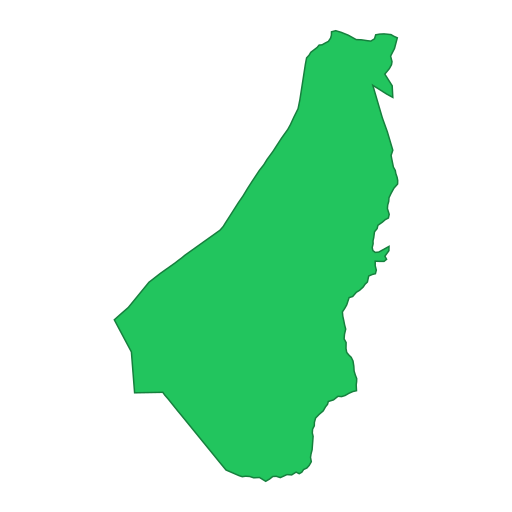 outline of Santa Inês, Maranhão, Brazil
{"feature_id": "56859067B15720023734986", "entity_name": "Santa Inês", "entity_type": "district", "adm_level": 2, "iso_a3": "BRA", "parent_name": "Brazil", "parent_adm1": "Maranhão", "projection": "mercator", "projection_center": [-45.394, -3.853], "detail": "fine", "context": "isolated", "style": "filled", "palette": "green", "viewbox_px": 512, "rotation_deg": 0, "n_neighbors": 0, "source": "geoboundaries", "source_scale": "gbopen_adm2", "svg_char_len": 2456}
<svg xmlns="http://www.w3.org/2000/svg" viewBox="0 0 512 512"><path d="M291.7,474.9L296.1,472.1L299.2,473.7L301.8,472.2L303.6,469.5L306.9,468.0L309.2,465.4L311.3,461.7L310.5,457.4L311.0,454.1L312.1,449.8L312.7,441.9L313.1,436.3L312.3,433.0L312.6,429.1L314.3,425.8L314.4,422.3L315.6,418.0L319.1,414.4L323.2,410.9L325.6,406.7L327.5,404.4L328.3,401.5L333.5,399.9L338.0,396.3L341.6,396.6L345.1,395.5L348.9,393.3L353.0,391.5L356.5,390.7L356.2,384.8L356.6,381.8L356.7,378.6L355.3,375.0L354.1,371.0L353.8,366.1L353.0,361.0L351.2,357.3L349.0,355.2L346.7,352.4L346.0,348.5L346.1,342.5L344.1,338.9L344.5,334.2L345.7,329.1L344.6,324.9L343.8,320.8L342.8,316.2L342.4,311.9L344.9,308.1L346.7,304.9L349.1,297.6L352.7,296.5L356.3,292.3L359.6,290.3L363.2,287.0L365.0,284.3L367.4,282.0L368.7,276.0L372.5,274.4L375.4,273.7L376.3,270.1L375.2,265.7L375.2,261.2L380.2,261.4L384.0,261.4L386.6,259.3L384.9,256.2L388.9,250.7L389.0,246.4L382.7,249.9L378.7,252.1L375.2,252.4L372.9,250.6L372.2,247.6L373.1,243.8L373.0,240.9L373.7,237.8L374.5,231.8L377.1,228.6L377.9,225.3L382.3,222.2L385.3,219.6L388.4,218.0L389.2,214.3L387.4,208.6L387.7,205.0L388.7,201.5L389.0,197.7L391.0,193.5L393.9,188.2L397.6,184.0L397.7,180.5L397.1,177.3L395.8,173.5L395.3,170.5L393.4,167.1L391.7,158.7L391.1,155.4L392.8,150.2L387.3,131.7L382.8,119.2L381.9,116.4L372.8,85.3L386.9,94.2L392.8,97.4L392.2,85.8L384.8,74.1L389.3,68.7L391.5,64.7L392.0,61.7L390.6,56.1L392.9,51.6L394.5,48.5L397.3,37.8L393.9,36.3L391.0,34.6L387.3,34.2L384.0,33.9L379.7,34.1L375.7,34.8L374.5,38.8L370.8,41.1L367.4,40.7L361.4,39.8L356.2,39.6L348.3,35.2L341.1,32.3L335.7,30.7L331.5,31.8L331.4,35.2L330.6,38.1L328.4,41.4L325.1,43.1L322.1,44.8L319.1,45.1L317.2,47.4L313.8,50.0L310.8,52.3L309.1,55.2L306.6,57.9L305.4,64.2L299.9,99.7L298.1,108.6L295.8,113.3L294.0,116.9L290.4,124.7L287.8,129.4L284.5,134.0L281.5,138.2L275.8,147.0L273.1,151.2L267.1,159.4L263.9,164.6L259.3,170.5L251.9,181.7L247.6,188.4L243.0,196.0L238.5,202.5L229.7,216.3L225.5,222.8L223.3,226.4L220.0,230.2L184.8,255.3L181.6,258.0L178.6,260.2L175.3,262.8L160.6,273.2L149.0,282.2L128.3,307.5L120.7,314.1L114.3,319.8L131.4,351.9L134.6,392.8L151.5,392.5L162.8,392.3L164.8,395.1L168.2,399.0L170.2,401.5L177.9,411.1L180.0,413.6L219.5,462.1L226.0,470.0L239.2,475.7L242.3,476.7L245.6,476.2L249.8,476.5L253.7,477.8L259.5,477.5L265.7,481.3L269.5,479.1L272.8,476.5L276.3,476.3L280.3,477.6L283.9,476.0L286.9,474.6L291.7,474.9Z" fill="#22c55e" stroke="#15803d" stroke-width="1.5"/></svg>